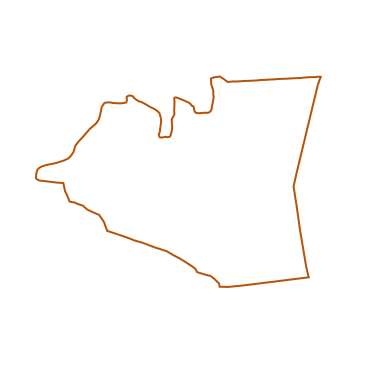 outline of Badra, Wasit, Iraq, rotated 258°
{"feature_id": "34846034B90360229888797", "entity_name": "Badra", "entity_type": "district", "adm_level": 2, "iso_a3": "IRQ", "parent_name": "Iraq", "parent_adm1": "Wasit", "projection": "mercator", "projection_center": [46.047, 33.067], "detail": "fine", "context": "isolated", "style": "outline", "palette": "amber", "viewbox_px": 384, "rotation_deg": 258, "n_neighbors": 0, "source": "geoboundaries", "source_scale": "gbopen_adm2", "svg_char_len": 2820}
<svg xmlns="http://www.w3.org/2000/svg" viewBox="0 0 384 384"><g transform="rotate(258 192 192)"><path d="M299.2,234.3L298.1,234.0L293.4,233.2L289.7,233.6L285.7,233.8L284.5,233.4L282.3,233.0L280.5,233.0L278.1,232.1L275.4,231.0L272.0,229.5L269.4,228.6L267.8,227.6L266.3,225.6L266.3,222.8L266.9,221.1L267.1,220.0L267.1,218.3L267.6,215.4L268.0,213.7L268.7,212.2L270.1,211.3L271.4,211.3L273.4,211.3L275.4,211.3L276.3,210.0L276.9,209.4L278.8,208.7L280.5,206.8L283.0,203.5L285.6,199.7L287.0,197.3L287.9,196.0L287.9,194.5L287.0,194.0L285.2,193.8L282.8,193.4L279.2,192.5L275.0,191.4L273.6,191.2L271.8,191.0L270.0,189.7L268.0,187.7L266.9,187.3L265.6,186.9L264.0,186.7L261.6,186.5L259.4,186.0L257.6,185.6L255.6,184.7L252.9,183.4L251.1,182.3L250.6,181.3L250.7,179.5L251.1,178.4L251.5,177.6L251.5,176.1L251.5,174.1L251.8,172.6L252.6,171.7L253.6,171.5L255.3,171.5L256.5,172.4L258.0,173.2L260.2,173.9L264.3,175.4L267.4,176.5L271.2,176.9L273.6,176.7L276.1,176.5L278.3,175.0L281.2,172.4L283.4,169.3L285.9,166.5L287.2,165.2L290.8,160.9L291.2,160.0L291.7,158.9L293.0,157.6L294.6,155.9L298.3,153.7L299.5,150.7L299.0,148.5L298.4,147.7L296.6,147.7L293.9,146.8L293.4,146.4L293.2,144.9L293.5,140.7L295.5,132.9L296.3,131.6L297.2,128.0L297.3,126.4L297.3,124.9L295.7,123.2L294.1,121.4L292.1,120.6L290.8,120.1L286.3,118.0L282.5,116.0L279.2,112.8L277.4,109.7L275.0,105.2L269.4,97.8L264.7,91.3L261.6,87.6L260.4,86.9L256.0,84.6L252.4,80.9L250.4,77.6L249.5,73.5L248.9,67.8L248.6,64.4L248.6,62.2L248.6,61.5L248.6,60.7L248.7,57.4L248.6,54.1L248.2,50.4L247.5,48.1L246.7,46.5L245.8,45.4L242.7,43.6L240.5,43.0L238.1,42.2L236.4,43.2L234.9,45.3L229.4,61.5L227.5,68.0L219.4,68.0L215.5,69.0L208.1,70.3L205.9,75.3L203.9,77.9L201.6,82.1L200.0,83.4L196.5,86.0L192.8,90.9L188.9,96.4L185.2,97.9L182.6,99.0L180.4,99.8L177.8,100.0L171.5,101.1L168.7,106.0L161.1,118.8L156.3,126.1L152.8,132.8L145.4,144.3L141.5,151.3L139.1,155.2L134.3,160.4L129.3,166.4L125.4,170.5L119.1,176.8L118.5,177.3L116.5,179.1L112.5,180.4L109.3,186.1L106.7,191.1L106.2,192.6L102.5,195.7L96.9,199.4L93.6,199.4L91.7,207.2L90.1,221.0L84.3,288.4L89.5,288.3L95.9,288.2L131.3,289.7L157.8,291.5L176.3,292.5L190.0,298.8L270.3,337.2L272.1,338.3L274.5,339.7L276.7,341.1L277.8,341.8L278.1,341.0L278.6,339.2L278.7,338.6L278.6,336.9L279.0,335.7L279.1,334.9L279.4,333.1L280.0,330.0L280.7,324.8L280.9,322.1L281.7,317.6L282.6,311.8L283.3,307.3L284.1,302.9L284.7,298.7L285.0,296.7L285.4,293.7L286.1,289.9L286.4,287.0L286.9,284.8L287.3,282.1L287.8,277.2L288.3,274.6L288.7,271.8L289.3,268.6L289.8,265.5L290.2,262.6L290.9,258.3L291.2,256.7L291.6,255.1L291.8,253.3L292.0,251.7L292.1,250.8L292.1,250.1L292.7,249.3L294.3,247.9L296.4,246.0L297.2,245.1L298.8,243.7L299.3,242.8L299.3,242.6L299.3,241.2L299.4,239.3L299.7,237.2L299.2,236.1L299.2,235.0L299.2,234.3Z" fill="none" stroke="#b45309" stroke-width="2"/></g></svg>